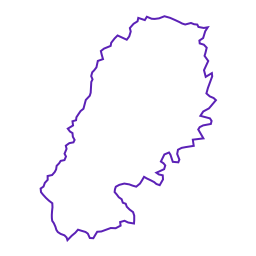 Progresso, Rio Grande do Sul, Brazil, rotated 89°
{"feature_id": "56859067B90503543508999", "entity_name": "Progresso", "entity_type": "district", "adm_level": 2, "iso_a3": "BRA", "parent_name": "Brazil", "parent_adm1": "Rio Grande do Sul", "projection": "albers", "projection_center": [-52.306, -29.227], "detail": "fine", "context": "isolated", "style": "outline", "palette": "violet", "viewbox_px": 256, "rotation_deg": 89, "n_neighbors": 0, "source": "geoboundaries", "source_scale": "gbopen_adm2", "svg_char_len": 2271}
<svg xmlns="http://www.w3.org/2000/svg" viewBox="0 0 256 256"><g transform="rotate(89 128 128)"><path d="M18.1,115.8L21.5,116.6L23.9,120.6L28.1,124.4L31.6,123.6L36.5,125.2L39.7,127.7L35.3,136.8L38.2,139.8L42.5,143.3L45.6,143.9L48.2,150.6L50.6,153.8L54.2,153.0L58.7,151.8L60.4,157.0L66.8,158.5L69.7,160.8L71.7,162.8L75.5,163.9L78.7,162.6L81.3,163.9L92.1,164.7L95.1,165.7L99.2,169.7L102.7,170.7L108.0,172.2L110.2,175.1L113.3,177.3L116.4,179.4L119.3,179.8L120.3,183.4L124.5,182.9L127.6,188.2L130.5,186.1L132.1,183.6L135.8,183.3L139.0,181.6L141.4,182.8L142.1,186.9L144.6,190.5L147.8,189.8L152.6,191.9L155.4,190.5L159.0,192.1L159.7,195.9L162.1,197.5L164.6,200.0L168.1,200.6L170.7,202.0L173.7,204.7L174.6,209.2L178.4,209.2L181.4,212.1L185.1,213.5L187.0,216.4L190.6,216.1L193.1,214.2L196.4,211.3L199.2,208.4L201.9,205.0L205.9,204.9L209.9,205.4L213.7,205.7L216.7,205.7L219.5,205.4L221.9,203.8L225.4,202.3L228.6,201.4L230.8,200.0L232.7,197.2L234.2,193.4L236.4,191.3L239.1,190.5L234.8,186.2L231.8,182.5L228.8,179.8L230.2,175.5L231.2,172.3L232.9,170.0L237.3,168.1L237.6,164.6L234.5,162.7L231.2,160.6L231.0,156.5L227.7,147.0L228.0,142.1L225.5,137.1L221.9,137.5L220.7,133.1L222.5,129.5L223.6,123.7L220.5,123.4L215.8,123.3L212.2,124.4L209.6,127.8L206.7,130.6L203.7,131.6L202.6,134.5L199.1,135.6L197.1,138.4L194.3,140.4L191.8,142.5L189.0,142.1L186.5,141.2L184.7,137.7L183.5,132.7L184.4,127.7L185.7,124.4L186.8,120.8L183.8,117.0L180.6,114.9L177.1,112.8L178.7,110.2L180.9,105.8L182.6,102.7L184.5,100.6L185.7,97.3L180.0,93.9L175.9,94.1L175.0,97.9L173.2,100.4L169.8,92.6L166.1,91.4L163.9,93.1L162.1,95.7L155.1,92.1L153.2,87.4L155.5,86.0L162.6,83.8L163.2,78.3L160.5,77.2L154.8,79.3L150.6,78.4L148.8,74.7L148.1,70.6L147.0,62.6L140.8,63.4L139.7,52.8L130.7,57.8L128.4,56.3L126.7,52.8L125.4,45.1L122.4,44.3L119.8,45.9L117.1,55.4L112.8,52.5L109.8,46.7L101.7,39.6L99.5,41.9L97.8,45.7L94.8,49.0L89.4,47.4L83.2,45.0L77.8,42.9L74.6,43.2L78.2,49.4L71.5,51.0L62.4,46.6L57.2,50.2L54.4,49.3L49.1,47.9L46.0,50.7L44.7,54.8L41.8,55.1L39.4,51.3L32.6,49.1L28.7,46.5L29.3,50.5L28.2,55.8L25.8,56.9L25.4,60.1L24.1,63.2L24.8,66.1L25.5,69.0L24.5,72.0L23.0,74.7L20.9,79.0L18.6,84.0L16.9,89.6L18.9,95.0L19.4,99.4L19.2,102.4L17.1,107.2L20.4,109.3L18.1,115.8Z" fill="none" stroke="#5b21b6" stroke-width="2"/></g></svg>